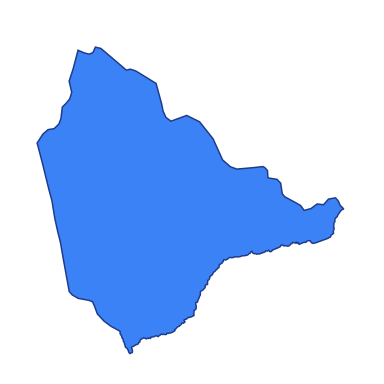 Kadei, Est, Cameroon, rotated 84°
{"feature_id": "32672807B29047919086815", "entity_name": "Kadei", "entity_type": "district", "adm_level": 2, "iso_a3": "CMR", "parent_name": "Cameroon", "parent_adm1": "Est", "projection": "orthographic", "projection_center": [14.712, 4.477], "detail": "fine", "context": "isolated", "style": "filled", "palette": "blue", "viewbox_px": 384, "rotation_deg": 84, "n_neighbors": 0, "source": "geoboundaries", "source_scale": "gbopen_adm2", "svg_char_len": 3669}
<svg xmlns="http://www.w3.org/2000/svg" viewBox="0 0 384 384"><g transform="rotate(84 192 192)"><path d="M324.7,278.3L324.8,278.2L325.1,278.2L326.1,278.1L327.4,277.2L330.2,276.7L331.3,275.8L333.0,275.9L334.5,275.2L339.3,274.4L341.0,272.6L341.9,272.5L342.7,271.9L344.2,271.8L345.6,271.2L346.2,270.5L345.6,269.4L345.4,268.2L344.4,267.8L342.0,267.9L340.5,268.6L339.9,268.4L339.3,266.1L338.1,264.0L337.8,262.0L336.9,261.0L336.2,260.7L335.6,259.5L334.1,259.2L333.4,258.6L332.0,255.4L332.2,254.5L332.3,254.3L333.3,252.9L332.7,251.8L333.1,250.8L332.7,249.6L333.2,248.7L332.8,248.2L332.1,248.0L331.9,247.6L332.1,245.5L331.3,243.3L331.3,242.3L332.2,241.0L332.1,240.4L331.4,239.7L331.1,238.7L330.3,237.8L330.2,236.8L330.7,236.1L330.6,234.9L330.9,233.6L331.0,233.0L330.9,232.4L329.8,231.5L330.2,230.5L329.9,229.7L330.0,228.7L329.5,226.3L328.2,223.6L327.7,223.4L327.3,223.7L326.8,223.3L326.3,222.3L324.8,220.8L324.0,218.6L322.7,216.8L321.1,215.4L321.4,214.6L321.6,214.2L320.8,213.0L320.4,212.6L319.9,212.6L319.1,213.4L318.4,213.2L318.0,212.5L317.9,211.0L316.4,208.8L316.3,208.1L316.5,207.4L315.8,204.8L315.1,203.8L315.2,203.2L314.8,202.9L313.2,202.9L312.2,202.7L309.8,202.2L309.4,200.8L308.8,200.3L307.1,199.8L306.6,199.7L305.1,199.7L304.6,200.1L302.7,199.9L302.2,199.5L302.3,198.5L301.7,197.9L300.4,197.4L299.8,197.2L298.6,196.3L297.1,195.7L295.1,194.4L293.0,194.3L292.0,193.9L291.3,193.2L290.8,191.7L288.8,189.3L287.9,188.8L286.6,188.7L286.0,188.2L285.4,186.2L284.2,186.2L283.7,185.9L282.0,185.8L281.5,185.5L281.1,184.4L279.4,183.3L278.0,183.2L276.5,180.5L275.4,180.0L273.7,178.4L273.1,177.2L272.1,176.4L272.0,176.2L271.6,175.3L270.3,174.3L270.0,173.1L267.4,172.6L265.6,169.2L264.7,168.8L264.2,168.1L263.3,167.9L262.6,167.4L263.1,165.7L262.6,163.8L261.5,162.6L261.1,161.5L261.5,158.4L260.9,155.5L261.3,153.7L261.3,150.7L260.8,149.4L260.8,145.8L260.4,143.1L259.3,141.9L259.1,140.8L257.5,139.5L257.2,138.7L258.6,138.2L259.4,137.5L259.5,137.4L259.8,136.6L259.9,135.3L260.6,134.3L260.3,132.9L260.7,131.8L259.2,125.7L258.2,124.4L258.6,123.3L258.0,121.9L259.2,121.0L259.6,120.3L259.5,119.6L257.9,117.3L257.6,116.2L256.7,113.0L255.5,109.8L254.2,108.9L254.0,108.3L254.4,107.2L255.3,106.1L255.0,105.3L255.9,102.2L255.5,100.7L254.1,99.2L253.7,97.9L252.7,97.3L252.6,96.8L253.2,95.6L253.6,94.8L252.8,93.6L252.9,93.1L253.7,93.3L253.9,92.9L253.7,92.6L253.4,92.3L253.4,91.8L254.9,91.3L255.2,90.8L253.8,86.3L253.9,84.4L253.7,83.7L252.8,82.7L252.5,81.6L252.9,79.5L255.0,78.5L255.3,77.8L255.8,77.0L255.2,73.1L255.1,72.9L252.3,61.6L251.8,60.8L251.2,59.0L249.2,58.0L248.6,56.5L247.9,55.6L245.9,55.6L244.3,54.8L243.4,54.6L242.4,54.4L241.3,54.9L239.6,54.3L238.0,54.3L236.3,52.9L234.3,52.9L233.0,52.0L231.8,50.3L231.5,50.1L229.6,49.0L225.7,45.5L224.8,43.2L224.4,43.1L220.5,46.2L216.5,47.3L212.8,49.9L213.3,57.0L218.4,62.5L217.0,68.8L220.9,75.4L222.0,82.4L216.8,85.4L213.0,90.7L206.4,100.3L203.2,102.4L192.5,102.9L188.3,106.1L185.9,115.0L178.5,114.7L175.3,117.1L174.1,118.9L174.2,127.8L173.9,145.0L170.9,151.2L163.3,158.2L141.3,165.5L123.0,177.1L115.3,189.3L119.4,205.6L115.0,210.2L108.6,212.3L101.1,213.0L89.4,214.9L80.3,216.4L65.7,235.3L64.7,237.6L63.4,240.6L64.0,244.5L39.7,267.6L37.8,272.9L43.0,276.0L44.2,279.9L42.2,285.0L39.1,290.5L57.5,297.5L68.9,302.6L80.3,301.2L85.8,303.5L86.6,303.9L90.6,307.9L94.0,312.1L104.5,314.5L105.4,314.7L110.4,317.2L114.6,322.5L114.9,328.6L118.8,334.2L127.1,340.9L146.6,337.9L175.0,334.0L186.1,332.2L203.8,331.2L215.7,329.9L228.6,328.1L245.0,327.0L278.2,324.5L281.9,321.8L286.0,316.1L286.2,315.2L289.0,305.8L290.7,302.4L296.4,300.6L303.3,298.9L311.3,292.9L317.2,286.5L317.9,285.4L323.0,278.1L324.7,278.3Z" fill="#3b82f6" stroke="#1e3a8a" stroke-width="1.5"/></g></svg>